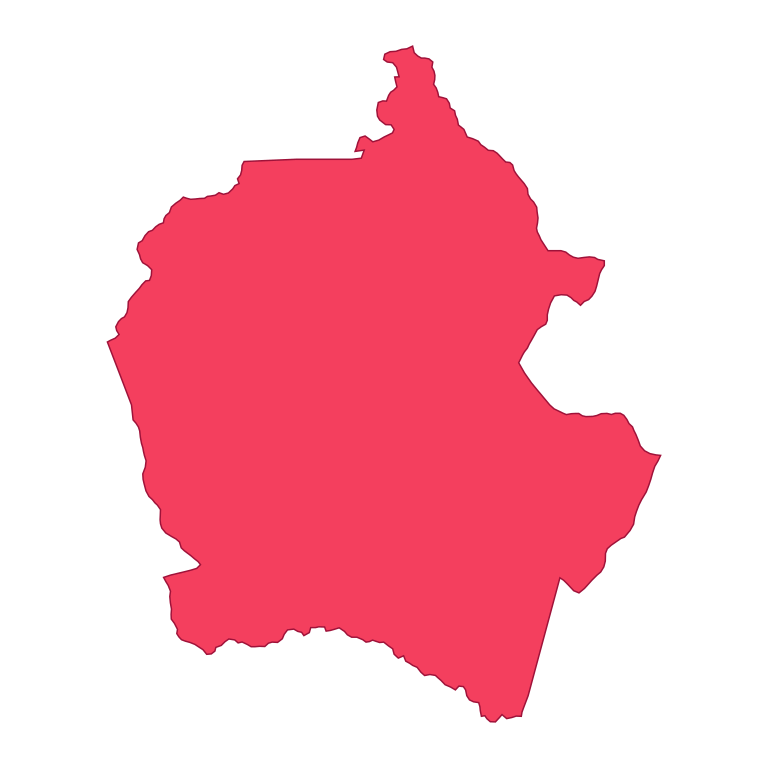 Capixaba, Acre, Brazil (Robinson projection)
{"feature_id": "56859067B32196744892902", "entity_name": "Capixaba", "entity_type": "district", "adm_level": 2, "iso_a3": "BRA", "parent_name": "Brazil", "parent_adm1": "Acre", "projection": "robinson", "projection_center": [-67.828, -10.457], "detail": "fine", "context": "isolated", "style": "filled", "palette": "rose", "viewbox_px": 768, "rotation_deg": 0, "n_neighbors": 0, "source": "geoboundaries", "source_scale": "gbopen_adm2", "svg_char_len": 4934}
<svg xmlns="http://www.w3.org/2000/svg" viewBox="0 0 768 768"><path d="M604.3,260.8L597.8,259.4L594.6,257.5L589.4,256.9L583.6,257.5L578.0,258.3L573.4,257.2L569.4,255.0L565.8,252.1L561.0,250.7L548.0,250.7L540.9,239.7L539.3,235.9L537.3,232.0L536.5,228.2L537.5,223.0L538.0,218.0L537.1,211.8L536.7,207.2L533.6,202.0L530.6,199.0L528.0,194.3L527.4,188.5L524.2,183.6L518.3,176.7L516.1,173.8L514.1,170.6L512.6,165.0L509.9,162.5L505.7,162.0L502.8,159.2L499.7,155.9L497.1,153.2L493.3,150.7L488.3,150.3L484.5,147.2L480.8,144.7L478.3,141.2L472.7,138.7L467.2,137.0L463.9,129.4L458.4,125.0L457.3,119.2L455.5,115.4L454.6,110.8L450.2,108.0L449.3,103.2L446.5,98.8L442.9,97.7L438.7,96.7L437.8,92.4L436.2,88.0L433.6,84.3L434.7,79.7L434.9,75.4L434.0,71.2L431.9,67.2L432.8,62.0L429.0,58.9L424.9,58.1L421.4,58.1L417.7,56.0L414.2,52.7L412.6,46.1L406.9,48.8L401.6,49.4L396.0,51.3L390.1,51.7L384.8,54.2L383.6,59.5L387.2,62.0L392.7,62.7L396.5,67.2L397.8,72.0L399.1,76.8L394.7,77.0L395.6,81.4L397.0,86.9L393.6,90.3L390.7,92.2L388.7,95.3L386.5,101.1L382.8,100.9L378.3,102.5L376.8,110.0L377.5,116.2L379.7,120.0L385.6,124.6L391.1,124.8L394.1,129.4L392.5,132.9L389.3,134.5L384.1,137.0L378.8,140.1L372.8,141.8L369.1,138.9L365.1,136.0L360.0,137.6L357.8,142.8L356.6,147.4L355.1,151.4L364.2,150.1L361.3,158.2L351.9,159.3L348.3,159.3L296.1,159.3L244.1,161.5L242.1,165.3L241.7,170.5L240.5,175.0L237.5,178.8L239.1,183.6L234.9,185.6L232.7,188.9L228.4,193.0L223.5,194.3L219.0,192.7L215.4,195.2L210.8,196.0L207.4,196.4L204.5,198.3L199.8,198.5L195.3,199.0L190.7,199.3L186.8,198.3L183.3,197.1L180.1,200.3L175.7,203.3L171.4,207.0L169.4,212.6L165.9,215.5L164.1,218.7L163.4,222.8L159.2,224.3L155.7,226.8L152.4,230.3L148.6,231.7L145.1,235.5L142.2,240.7L138.5,242.9L137.1,249.4L139.5,254.6L140.6,258.9L142.7,262.7L147.6,265.6L151.7,269.7L151.3,275.6L149.5,280.4L145.7,280.9L142.0,284.7L139.3,288.4L135.8,292.2L131.3,297.4L128.3,301.6L128.0,307.8L127.0,312.6L124.5,316.9L121.4,318.6L118.5,321.6L115.8,326.8L116.7,330.6L119.1,334.5L115.2,338.2L110.7,340.2L107.4,342.0L120.5,376.1L131.5,404.9L133.1,419.9L136.0,423.2L138.4,426.9L139.7,430.9L140.4,437.4L141.5,443.4L142.8,447.6L143.5,451.5L144.4,455.4L146.1,460.8L145.3,467.2L142.8,473.9L143.1,479.3L144.1,483.7L146.0,490.9L149.0,496.5L152.5,499.7L154.9,502.8L157.4,505.1L160.5,509.6L160.3,515.1L160.1,519.8L160.5,523.8L161.8,528.1L165.8,533.0L171.4,536.4L175.9,538.9L179.5,542.0L181.2,547.8L184.4,550.8L187.3,553.0L190.9,555.7L194.5,558.8L198.1,561.6L200.5,564.7L196.7,568.4L190.4,570.3L183.1,572.1L170.9,575.0L163.6,577.4L165.8,581.5L168.2,585.4L170.5,591.2L169.8,596.5L170.4,602.9L171.5,609.1L171.1,614.3L171.3,619.1L174.4,623.3L177.5,629.3L176.8,633.6L178.9,636.9L181.5,639.7L185.5,641.2L189.9,642.4L194.9,644.4L198.7,646.9L203.0,649.7L206.7,654.3L211.3,653.9L214.9,651.1L215.8,647.4L221.3,645.4L225.0,641.7L228.8,639.0L234.7,639.9L238.1,642.9L242.1,642.0L247.4,644.5L251.1,646.7L255.1,646.7L259.5,646.3L264.8,646.5L268.4,643.2L272.2,642.1L277.6,642.4L282.3,638.8L284.2,634.3L287.5,629.9L293.8,629.1L297.8,631.4L301.6,632.3L303.9,635.6L309.3,632.6L310.7,627.6L315.5,627.6L318.8,626.8L324.6,627.0L326.1,631.1L330.1,630.5L334.4,629.3L339.2,627.8L344.5,631.4L347.4,634.8L351.6,637.2L356.9,637.2L362.8,639.7L366.0,642.1L369.4,641.6L372.6,640.1L375.9,641.3L379.7,642.5L383.7,642.1L388.5,645.9L392.7,648.8L394.1,654.2L398.3,658.1L403.6,655.8L405.8,661.2L409.7,663.3L412.7,665.4L417.1,667.3L420.9,672.2L424.6,675.5L429.9,674.5L435.4,675.4L438.0,677.8L441.0,680.4L445.1,684.7L450.5,687.0L455.4,689.9L458.9,686.1L463.4,686.6L465.6,689.9L466.8,695.7L469.5,699.9L473.5,701.8L478.7,702.6L479.9,706.7L480.3,710.7L481.4,716.3L484.8,715.7L487.0,718.8L490.3,721.7L495.4,721.9L499.3,717.7L502.0,714.6L506.7,718.6L511.9,717.5L516.2,716.1L521.3,716.3L522.0,712.1L523.7,707.4L528.1,695.8L558.2,584.2L559.9,577.8L563.6,580.2L568.1,584.7L573.7,590.7L579.0,592.9L584.5,588.4L591.9,580.2L597.1,575.0L600.7,572.0L603.8,566.9L605.3,561.1L605.5,553.3L607.3,548.7L611.2,545.2L620.8,538.5L624.5,537.1L630.1,530.4L633.6,524.2L634.7,516.9L636.5,511.3L638.9,505.0L641.6,499.6L646.2,492.0L648.6,485.8L650.8,479.3L652.6,472.8L654.8,466.3L657.9,461.1L660.6,455.4L655.9,454.9L649.9,453.6L644.6,450.8L640.3,446.0L638.3,440.4L635.9,434.5L633.9,430.5L632.5,426.9L629.0,423.6L626.9,419.5L623.8,415.3L620.3,413.3L615.2,413.3L611.4,414.5L607.0,413.4L601.2,413.7L596.9,415.5L592.8,416.4L585.9,416.6L582.3,415.8L578.8,413.5L575.2,413.5L571.4,413.7L566.3,414.6L562.8,413.1L554.1,408.9L549.7,404.9L544.2,398.3L536.9,389.6L531.5,383.0L524.5,373.0L518.7,362.8L522.5,355.1L524.3,352.0L527.4,348.0L529.3,343.9L531.4,340.3L534.2,335.3L537.3,329.6L541.3,326.7L545.7,324.2L547.3,320.3L547.3,314.8L548.6,309.0L550.6,302.9L554.4,295.9L561.2,294.7L567.0,295.1L571.0,297.6L573.8,300.4L576.8,302.0L580.5,305.3L584.2,301.5L588.6,299.6L591.9,296.2L595.0,291.4L596.6,286.2L597.9,280.9L599.7,273.5L601.5,269.8L604.3,265.6L604.3,260.8Z" fill="#f43f5e" stroke="#9f1239" stroke-width="1.5"/></svg>